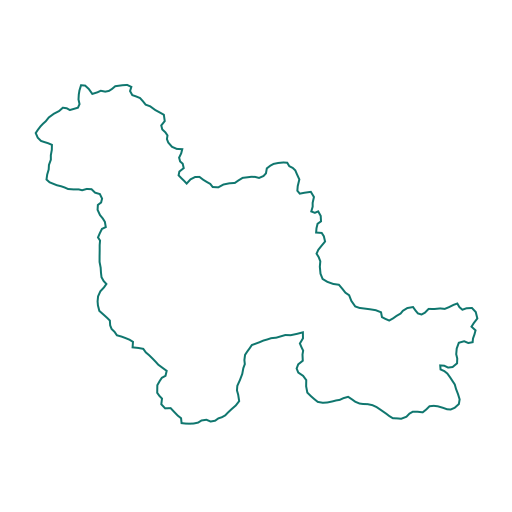 outline of Jampruca, Minas Gerais, Brazil, rotated 181°
{"feature_id": "56859067B52389882389753", "entity_name": "Jampruca", "entity_type": "district", "adm_level": 2, "iso_a3": "BRA", "parent_name": "Brazil", "parent_adm1": "Minas Gerais", "projection": "albers", "projection_center": [-41.751, -18.479], "detail": "fine", "context": "isolated", "style": "outline", "palette": "teal", "viewbox_px": 512, "rotation_deg": 181, "n_neighbors": 0, "source": "geoboundaries", "source_scale": "gbopen_adm2", "svg_char_len": 4407}
<svg xmlns="http://www.w3.org/2000/svg" viewBox="0 0 512 512"><g transform="rotate(181 256 256)"><path d="M116.4,96.2L112.0,96.1L108.0,95.8L102.8,97.9L99.8,101.1L96.6,103.0L91.7,103.1L86.6,102.6L83.1,105.5L79.9,108.8L75.7,109.3L71.6,108.9L66.5,107.5L62.3,106.1L58.7,105.9L54.7,107.7L50.6,111.5L49.9,116.2L51.6,121.4L53.7,126.6L55.0,131.0L57.4,134.5L59.7,137.9L62.6,141.8L65.7,144.2L69.5,145.8L69.9,149.8L65.9,149.6L62.0,147.8L57.5,148.4L53.1,152.2L53.0,157.0L54.1,161.3L53.7,167.0L51.7,172.8L46.4,174.4L42.2,172.7L37.9,173.6L37.6,177.3L36.2,181.4L35.2,185.5L39.3,189.1L37.1,192.7L33.6,197.4L35.3,203.8L39.2,207.8L44.7,207.4L48.7,205.9L51.7,208.4L53.9,212.0L57.6,210.6L62.2,208.2L66.4,206.4L70.9,206.8L76.9,206.1L82.5,206.1L86.2,202.2L89.5,200.4L93.1,201.4L95.6,204.3L98.1,207.7L103.8,206.6L108.2,203.8L110.4,201.0L114.4,198.6L117.9,196.0L121.7,193.8L125.6,195.4L129.0,197.1L130.0,201.9L135.3,203.9L140.9,204.7L146.2,205.3L151.7,205.9L155.9,207.3L159.9,212.8L162.2,218.4L166.0,220.9L169.0,224.6L172.6,228.7L178.3,229.4L184.2,231.4L189.0,234.2L191.2,239.4L192.0,246.4L191.6,251.8L193.3,256.0L195.5,259.4L193.8,263.3L190.8,267.2L187.2,271.7L188.5,276.9L190.7,280.2L196.3,280.5L196.0,284.9L195.0,289.3L191.6,291.8L192.0,297.2L194.6,301.7L197.9,300.2L201.5,301.5L200.2,306.3L200.3,310.1L199.1,316.0L202.3,321.1L208.6,320.1L213.3,319.1L215.8,322.0L215.5,326.6L214.0,333.3L216.6,338.7L218.2,342.3L220.8,344.7L224.3,346.4L226.4,349.8L230.2,350.0L235.4,349.4L240.0,348.4L243.2,346.6L246.7,343.8L247.5,338.8L249.9,336.1L254.3,334.1L258.4,335.1L262.2,335.1L266.3,334.5L270.7,333.9L274.8,331.3L278.4,328.7L284.0,328.2L289.8,326.9L294.9,324.0L300.5,324.2L303.0,327.3L306.2,329.0L310.1,331.3L313.9,334.1L318.3,333.9L322.8,331.5L326.6,327.2L329.2,329.9L331.8,332.3L334.8,335.3L334.1,339.1L329.8,342.6L330.9,347.0L333.5,349.2L334.6,353.0L332.6,357.3L331.6,361.5L337.1,361.7L341.9,363.7L345.7,367.9L347.1,371.3L346.6,375.0L348.8,378.1L351.9,380.9L353.0,384.9L349.6,389.3L350.6,395.6L354.3,397.6L359.3,400.2L364.4,403.8L369.0,405.4L371.8,408.8L374.7,411.9L378.8,413.5L382.5,414.7L384.8,418.7L383.6,422.9L387.8,424.8L392.6,424.4L399.7,423.3L402.9,420.5L405.9,418.5L409.6,417.7L414.1,418.5L417.4,416.9L422.5,415.2L426.1,420.1L429.8,423.4L433.9,423.7L435.4,418.5L436.0,414.4L436.2,409.4L435.1,404.8L436.6,401.2L440.7,399.9L444.7,398.7L447.8,400.4L451.7,400.9L455.4,397.5L460.6,394.7L465.6,390.9L468.6,387.0L471.2,384.6L473.7,381.9L476.2,378.5L478.4,375.1L476.3,370.5L473.0,367.3L469.5,366.2L466.0,365.2L462.0,363.6L462.0,358.6L462.9,353.2L462.8,348.7L464.6,343.5L464.8,338.8L466.2,333.8L466.8,328.8L463.7,326.1L459.8,324.6L456.4,323.3L452.0,322.3L448.6,321.2L445.1,319.7L439.6,319.4L434.4,319.5L431.0,318.7L426.4,320.1L421.6,319.9L418.0,316.5L413.2,315.2L410.9,310.7L411.8,306.8L415.0,304.3L415.2,299.4L412.7,294.2L409.9,290.9L407.7,287.5L406.7,282.3L410.5,280.4L412.6,276.0L414.3,271.8L412.2,268.7L412.5,264.1L412.4,258.5L412.4,253.2L412.3,247.3L411.1,241.5L410.7,236.5L410.1,232.1L407.9,228.3L405.1,225.4L407.4,222.0L411.0,218.0L413.2,212.9L413.6,207.9L413.2,203.9L411.7,198.4L406.8,194.2L403.6,191.4L401.0,188.9L400.6,184.1L399.1,180.5L396.1,177.7L393.7,174.3L389.1,173.1L385.4,171.8L381.0,170.1L377.5,168.0L377.8,162.5L372.0,162.0L367.1,161.2L364.5,157.7L361.2,155.0L357.5,151.5L354.4,148.4L351.8,145.6L347.3,142.4L343.3,139.6L344.4,134.6L348.0,132.6L350.0,129.5L352.4,125.1L352.4,121.2L352.4,117.5L350.1,114.4L347.5,111.8L348.1,106.1L344.2,102.1L338.7,102.4L335.3,98.9L331.5,95.1L328.1,92.5L327.5,87.6L323.0,87.2L319.2,87.2L315.5,87.4L311.0,88.4L307.6,90.6L302.7,91.4L298.5,89.7L294.0,90.6L290.8,93.0L287.3,94.2L284.0,96.1L281.4,98.9L277.7,102.5L273.6,106.2L270.3,110.6L271.4,117.0L272.7,121.3L272.4,125.9L269.9,131.7L267.7,137.8L266.7,143.7L265.3,147.7L265.8,151.8L265.2,157.0L263.1,160.3L260.9,163.4L258.6,166.9L255.2,168.2L251.1,169.8L247.1,171.6L243.4,172.7L239.4,174.1L234.3,174.7L229.8,176.1L225.3,177.5L220.0,177.4L213.5,178.9L207.8,180.5L207.6,174.5L210.6,169.3L208.9,165.5L207.2,162.2L207.8,158.3L207.4,152.1L211.9,148.4L213.4,144.2L211.7,140.2L206.8,137.0L203.6,132.8L203.6,126.6L202.3,120.3L198.5,116.7L195.3,114.0L191.7,111.2L186.6,110.4L182.0,110.8L176.8,112.0L173.3,113.0L169.8,113.6L166.1,115.4L161.4,116.8L157.2,114.1L154.2,112.0L149.9,110.3L146.5,109.9L141.7,109.8L137.0,108.9L132.9,107.1L129.5,104.9L126.2,102.7L122.9,100.5L120.1,98.4L116.4,96.2Z" fill="none" stroke="#0f766e" stroke-width="2"/></g></svg>